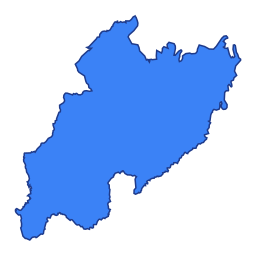 outline of Texcatepec, Veracruz, Mexico
{"feature_id": "50627088B91275102089847", "entity_name": "Texcatepec", "entity_type": "district", "adm_level": 2, "iso_a3": "MEX", "parent_name": "Mexico", "parent_adm1": "Veracruz", "projection": "equal_earth", "projection_center": [-98.314, 20.622], "detail": "fine", "context": "isolated", "style": "filled", "palette": "blue", "viewbox_px": 256, "rotation_deg": 0, "n_neighbors": 0, "source": "geoboundaries", "source_scale": "gbopen_adm2", "svg_char_len": 5728}
<svg xmlns="http://www.w3.org/2000/svg" viewBox="0 0 256 256"><path d="M29.8,240.0L32.3,237.3L34.7,236.9L35.6,237.0L36.0,237.6L36.7,237.4L40.9,234.0L42.5,234.2L43.4,233.6L43.9,230.1L45.1,229.0L44.5,228.2L46.1,222.3L47.6,221.6L47.9,221.0L46.8,219.2L47.5,217.6L50.2,218.0L51.3,215.1L52.9,214.2L54.0,214.0L54.2,214.6L56.2,215.4L57.7,214.9L58.1,214.2L57.9,213.4L59.3,213.1L59.7,212.6L60.6,213.2L60.9,214.0L62.1,213.9L62.5,214.4L64.3,214.5L65.4,215.3L66.1,215.9L66.4,217.3L70.2,220.4L71.0,219.6L72.3,219.9L75.7,224.0L77.1,225.0L79.0,224.7L81.0,226.8L82.3,226.5L83.9,229.0L85.8,229.2L87.3,228.6L89.5,229.3L89.9,227.5L91.0,227.3L92.1,228.1L93.4,227.6L93.4,225.0L93.7,224.6L96.3,224.5L97.4,221.4L98.8,219.5L99.8,219.2L101.2,219.9L102.9,218.2L103.8,218.0L104.9,218.5L105.1,218.0L108.3,216.3L108.2,214.2L108.9,214.4L108.9,212.3L109.7,211.5L109.7,210.6L110.3,209.5L108.8,208.9L108.4,208.2L108.4,206.7L107.7,204.0L108.5,202.4L110.5,201.5L109.4,198.6L110.0,197.0L109.4,194.9L109.9,189.5L109.3,188.5L109.2,185.0L108.0,183.6L108.1,182.5L111.2,178.4L113.5,176.9L113.7,175.2L114.1,175.2L115.1,173.3L118.3,172.2L120.0,173.4L121.3,171.6L122.0,171.8L122.4,170.9L123.2,170.9L125.0,173.5L127.4,174.9L130.8,175.0L132.7,176.0L134.6,175.4L136.5,176.8L135.7,177.7L135.1,179.3L135.9,187.9L134.1,190.0L134.0,193.4L135.6,194.2L138.3,193.0L138.8,192.4L139.6,192.9L140.8,192.1L140.9,190.8L141.4,190.5L141.7,188.6L144.0,185.5L145.5,185.6L145.1,184.1L146.2,183.6L147.6,183.8L147.8,183.0L146.7,181.8L147.1,181.1L148.5,180.2L149.9,180.6L150.1,179.4L152.0,178.4L154.3,178.1L154.5,177.2L156.0,177.1L156.9,176.3L157.9,176.2L158.1,176.7L161.1,175.9L163.0,173.8L162.7,172.8L165.0,172.2L165.3,171.3L167.9,171.7L168.4,170.5L167.3,169.0L167.3,167.9L169.7,167.9L170.4,167.1L170.8,165.2L171.4,164.5L173.1,164.5L173.5,164.1L173.8,162.7L176.0,162.7L177.5,163.4L178.2,161.6L179.2,160.3L179.5,158.4L181.2,157.7L182.0,155.5L183.3,155.1L184.5,152.7L185.1,152.3L186.7,153.4L187.7,153.6L188.0,152.7L189.4,151.3L192.6,149.3L192.7,148.3L196.0,148.2L196.8,145.8L197.3,145.6L197.9,144.2L199.1,143.7L200.3,144.0L201.7,142.9L203.5,142.4L204.9,140.4L206.5,139.2L206.5,138.4L206.9,137.9L205.4,137.1L204.6,136.0L204.5,134.8L208.6,133.5L207.3,130.0L209.1,127.6L209.3,124.8L210.6,122.8L208.7,121.2L210.0,120.7L210.8,114.8L211.7,112.8L212.5,112.1L212.4,111.3L213.1,110.1L213.9,109.4L216.4,110.1L219.2,109.1L219.8,107.4L219.9,103.5L220.2,102.5L221.1,101.9L221.4,101.9L221.9,103.6L221.1,105.5L221.2,106.9L222.5,108.9L223.5,109.4L225.3,109.2L226.2,108.6L227.0,107.4L227.1,104.6L224.3,100.0L224.7,92.4L226.3,90.7L228.2,90.8L228.5,90.3L227.9,85.8L228.9,84.5L229.4,84.6L230.8,86.6L231.5,86.8L231.9,86.2L231.7,84.2L231.0,82.3L231.2,81.0L233.4,80.1L234.0,77.8L236.7,75.4L234.5,71.1L235.7,65.9L240.6,60.3L240.6,59.2L238.8,57.8L237.6,54.2L236.4,52.3L235.3,45.5L234.4,44.8L233.4,45.1L233.0,49.4L234.8,56.6L233.7,57.6L232.4,56.7L231.9,57.7L231.1,57.7L229.4,54.4L227.7,48.0L227.2,48.4L224.5,48.0L223.5,47.1L224.8,46.4L225.2,44.6L225.7,43.7L223.5,41.5L224.0,41.4L224.0,40.3L225.9,38.7L227.6,38.2L227.6,37.3L226.2,35.8L223.9,36.2L221.8,38.2L216.3,46.3L213.5,49.2L209.2,49.0L204.6,46.5L199.2,45.0L197.5,49.1L197.2,51.4L196.0,53.0L195.2,53.5L191.5,53.8L189.8,53.1L185.8,53.6L182.6,55.9L182.6,58.2L182.0,59.8L181.0,61.0L179.4,61.6L179.0,60.0L179.1,58.6L179.8,56.5L179.7,54.9L180.5,52.9L181.5,51.7L181.8,51.0L181.5,50.3L181.0,49.9L178.6,51.3L175.2,55.3L174.0,55.2L175.4,48.6L175.3,46.0L174.1,43.7L169.0,42.3L167.1,44.4L167.3,46.9L167.9,48.2L163.9,46.7L162.4,48.4L162.3,50.9L161.5,53.0L156.7,50.4L156.3,55.8L156.6,59.2L152.1,59.7L151.4,59.3L149.3,59.6L149.8,60.8L149.4,62.1L147.7,59.4L146.4,60.0L144.7,56.0L139.7,51.0L139.0,47.6L137.8,44.8L131.8,43.7L128.1,36.9L129.1,34.9L133.9,30.6L137.6,25.8L137.9,23.1L137.3,20.7L136.0,17.2L135.0,16.5L135.0,16.0L133.2,16.9L131.4,19.4L129.5,21.0L125.8,20.9L125.9,22.7L124.4,21.9L122.3,22.4L120.5,21.6L119.7,22.3L117.8,22.7L117.5,22.6L117.6,21.2L117.3,21.1L116.5,22.3L115.4,21.9L114.7,22.2L113.1,24.7L112.7,26.4L112.0,26.5L110.1,29.9L108.3,30.8L107.0,30.5L106.7,31.5L104.3,31.1L102.4,31.5L101.0,32.6L101.0,33.1L99.9,34.1L99.4,37.0L97.3,37.2L96.4,38.8L89.5,46.1L88.4,47.0L86.9,47.4L88.2,48.2L91.5,48.2L89.3,50.5L89.0,50.1L87.6,51.0L81.7,56.4L79.0,60.9L75.3,64.2L77.5,68.9L77.7,70.5L79.0,72.3L84.5,75.9L85.8,81.2L86.6,83.1L88.4,84.6L88.9,87.6L91.0,89.1L91.9,90.8L89.5,91.3L86.4,90.7L84.2,91.0L82.7,92.4L82.7,93.3L82.1,94.0L80.3,94.9L78.2,94.7L76.7,93.4L75.9,93.5L75.3,94.2L73.5,93.6L72.6,94.9L67.4,93.2L65.7,93.1L65.1,93.5L63.9,95.2L63.6,97.7L64.2,98.7L64.6,101.0L63.5,102.7L59.6,105.2L59.7,108.0L60.5,109.7L60.3,111.8L59.0,112.3L56.6,118.6L56.7,120.2L55.3,120.7L55.2,122.7L54.3,123.7L53.1,123.7L53.1,125.2L54.3,129.0L54.1,129.8L53.0,130.9L53.1,131.9L52.6,133.2L52.6,135.1L51.5,136.8L48.3,138.4L45.9,141.7L44.0,143.1L41.9,143.1L41.2,143.5L40.6,145.6L37.4,148.7L35.1,152.2L34.4,151.4L32.4,152.2L31.5,151.9L30.8,152.9L24.5,153.1L24.2,153.7L24.2,155.7L23.6,157.0L23.8,157.7L24.4,157.9L23.6,159.2L23.7,161.3L25.3,164.3L25.6,165.6L25.3,166.4L25.5,168.1L26.2,169.0L26.6,172.0L28.6,175.4L29.4,178.7L28.9,180.3L28.0,181.6L27.2,181.9L28.2,183.2L27.7,184.1L27.7,184.8L28.4,185.7L29.0,185.4L28.6,186.0L29.0,187.4L30.6,186.2L31.5,188.1L30.1,189.0L31.1,190.3L30.7,190.9L30.3,190.7L30.8,193.7L29.0,194.4L27.6,195.8L28.9,196.1L30.6,198.4L30.4,198.7L29.9,198.6L30.0,199.2L29.0,200.0L27.6,200.7L28.2,202.6L27.5,202.4L27.2,203.0L25.5,202.9L25.4,203.5L25.9,203.6L25.7,204.4L24.8,204.7L24.2,206.7L23.2,206.7L23.3,207.4L21.4,209.8L20.6,210.3L19.5,210.2L16.8,208.6L15.6,209.4L16.1,210.5L15.4,210.9L16.1,212.6L18.5,215.0L20.2,214.9L20.9,216.1L21.5,218.6L20.9,220.2L21.6,223.6L21.5,226.6L20.7,227.9L23.0,236.2L25.3,238.5L26.1,238.4L29.8,240.0Z" fill="#3b82f6" stroke="#1e3a8a" stroke-width="1.5"/></svg>